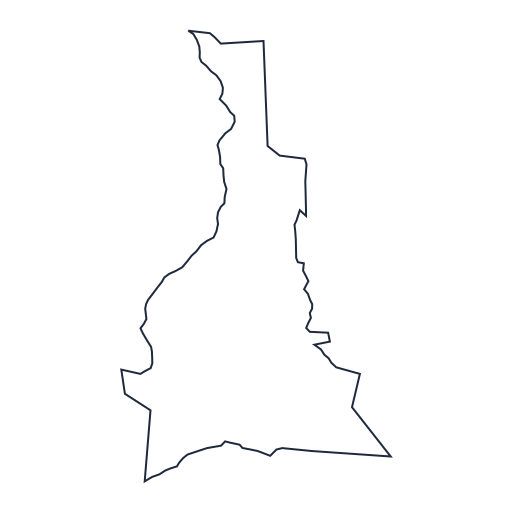 the district of Condado, Paraíba, Brazil
{"feature_id": "56859067B6390679089384", "entity_name": "Condado", "entity_type": "district", "adm_level": 2, "iso_a3": "BRA", "parent_name": "Brazil", "parent_adm1": "Paraíba", "projection": "mercator", "projection_center": [-37.624, -6.87], "detail": "fine", "context": "isolated", "style": "outline", "palette": "slate", "viewbox_px": 512, "rotation_deg": 0, "n_neighbors": 0, "source": "geoboundaries", "source_scale": "gbopen_adm2", "svg_char_len": 1777}
<svg xmlns="http://www.w3.org/2000/svg" viewBox="0 0 512 512"><path d="M144.7,481.3L152.2,476.9L159.5,474.3L165.5,470.4L170.5,468.4L176.9,466.4L179.3,462.5L183.1,458.1L187.4,454.6L198.4,450.9L207.0,448.1L216.8,446.4L221.0,445.7L225.1,441.4L229.9,442.6L239.6,444.7L242.5,448.0L249.0,449.2L257.6,451.0L261.9,452.6L270.2,455.8L276.5,449.5L282.3,448.1L311.5,451.0L390.7,456.5L352.0,407.2L359.9,373.9L336.2,367.3L331.3,362.7L328.6,358.2L324.4,354.8L321.0,349.5L314.4,344.7L329.9,341.6L328.1,332.7L309.8,331.8L306.2,328.0L308.2,323.1L310.9,317.9L309.8,313.0L312.1,308.7L312.2,304.1L310.1,300.0L307.9,293.8L304.1,289.2L308.4,281.1L306.0,276.2L303.1,270.7L303.8,263.3L297.9,262.2L296.2,258.0L295.8,239.2L295.2,231.1L294.5,224.8L296.6,220.3L297.9,216.2L299.8,210.2L306.0,215.9L306.0,209.7L305.5,188.3L305.3,181.1L306.5,164.5L304.8,158.7L279.7,155.6L267.6,146.0L263.5,41.0L220.8,43.6L214.6,37.2L209.9,33.2L188.3,30.7L193.3,34.0L196.8,39.8L199.3,46.5L199.8,52.2L199.6,57.6L201.4,61.9L206.3,65.8L211.0,71.3L216.3,75.2L220.6,81.1L222.9,87.8L222.4,93.6L219.7,99.1L226.3,105.7L230.2,112.1L234.2,115.7L234.7,121.7L231.1,128.9L225.3,133.3L222.4,136.9L219.4,140.5L217.5,145.0L218.9,149.9L220.1,157.1L220.3,164.0L223.2,168.3L223.5,175.4L224.2,182.0L226.5,189.0L224.7,197.0L224.4,203.3L220.8,206.8L218.0,212.3L217.2,218.1L218.0,224.0L216.5,231.2L213.6,237.5L206.9,240.9L201.1,245.2L196.5,251.2L191.5,255.8L187.7,260.8L182.2,267.3L175.2,271.2L169.3,273.8L164.3,277.5L161.8,282.0L158.0,286.8L153.1,293.3L148.1,299.8L146.1,304.1L145.2,308.7L145.8,313.7L146.4,319.0L144.0,323.6L140.5,328.3L142.9,333.4L146.4,339.4L151.1,346.9L151.9,351.5L152.2,357.9L152.3,363.3L150.7,368.1L145.0,371.1L140.4,373.9L121.3,369.6L124.9,393.8L150.5,410.3L144.7,481.3Z" fill="none" stroke="#1e293b" stroke-width="2"/></svg>